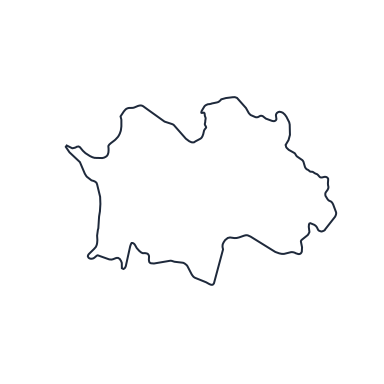 SVG path tracing the border of Beijing, rotated 228°
{"feature_id": "CHN-1155", "entity_name": "Beijing", "entity_type": "Municipality", "adm_level": 1, "iso_a3": "CHN", "parent_name": "China", "parent_adm1": "", "projection": "albers", "projection_center": [116.383, 40.244], "detail": "fine", "context": "isolated", "style": "outline", "palette": "slate", "viewbox_px": 384, "rotation_deg": 228, "n_neighbors": 0, "source": "natural_earth", "source_scale": "10m", "svg_char_len": 4557}
<svg xmlns="http://www.w3.org/2000/svg" viewBox="0 0 384 384"><g transform="rotate(228 192 192)"><path d="M296.0,189.5L297.5,195.3L297.8,197.9L297.7,198.9L297.4,199.9L296.9,201.0L296.4,201.7L294.2,204.2L293.9,204.7L293.4,205.7L292.1,209.4L291.5,210.6L290.9,211.5L290.4,212.0L289.8,212.5L288.4,213.1L282.7,214.3L262.7,218.7L255.9,222.6L254.8,223.1L253.9,223.3L235.7,223.1L231.6,223.9L229.3,224.9L228.3,225.8L227.6,226.7L227.3,228.6L226.2,233.0L226.0,233.9L225.9,234.8L226.0,235.7L226.5,237.2L227.5,239.1L229.6,242.1L230.0,243.3L230.3,245.2L230.6,245.8L231.3,246.1L233.0,246.5L233.7,246.8L234.2,247.3L235.1,248.6L236.1,249.6L237.3,251.1L237.7,251.5L238.2,251.8L239.7,252.4L240.4,252.8L241.6,253.7L242.2,254.0L243.1,253.9L243.6,253.0L244.3,252.1L244.7,252.0L245.1,252.4L245.5,253.0L245.8,253.6L247.3,258.4L247.4,259.4L247.2,260.7L246.6,262.5L245.6,263.8L244.7,265.4L244.6,265.8L241.8,270.6L241.4,271.5L241.2,272.0L241.1,273.8L241.1,274.5L241.3,275.7L239.1,280.1L235.1,285.8L234.0,287.1L233.5,287.5L231.8,288.4L218.3,288.3L212.6,287.0L211.1,287.0L209.9,287.1L205.3,289.2L204.7,289.6L204.0,290.4L203.6,291.0L203.4,291.6L202.9,293.7L202.2,294.6L201.1,295.3L197.1,296.0L191.4,299.0L190.3,299.8L189.6,300.6L189.3,301.4L189.2,302.2L189.4,303.0L189.7,303.5L189.9,303.7L190.1,303.8L193.0,305.8L193.4,306.4L193.7,307.1L193.9,308.0L193.8,308.9L193.6,309.8L193.1,310.7L191.8,311.7L190.2,312.5L187.5,312.8L184.7,312.5L178.8,310.9L176.7,309.7L168.9,303.0L166.0,298.5L164.3,293.0L163.3,292.6L162.6,292.1L161.4,291.9L158.6,292.1L152.7,294.1L151.8,294.3L149.1,293.8L148.2,293.8L141.9,295.3L141.1,295.3L140.0,295.1L135.0,292.7L133.6,292.4L132.8,292.4L132.0,292.5L130.6,293.1L128.4,293.4L128.0,293.6L127.4,294.0L126.6,294.9L126.2,295.1L125.6,295.4L125.0,295.5L123.5,295.9L121.4,296.9L120.6,297.0L117.7,297.0L117.0,297.2L116.4,297.7L115.9,298.2L114.7,300.4L114.3,301.0L113.7,301.5L113.1,301.9L112.4,302.1L111.6,302.2L110.7,302.0L109.8,301.2L107.5,298.8L106.1,297.7L104.7,296.9L103.8,296.1L103.4,295.4L102.9,294.3L102.4,291.9L102.2,291.0L101.7,290.1L100.6,289.1L99.7,288.6L95.8,287.9L94.9,287.9L94.0,288.0L91.9,288.9L91.1,289.0L90.2,289.0L88.4,288.6L81.0,285.7L80.2,285.3L79.4,284.6L78.9,283.9L78.5,283.2L77.9,281.8L75.1,265.8L75.0,265.6L74.9,265.5L74.9,264.9L75.0,264.1L75.5,262.7L76.0,261.8L76.7,261.3L78.0,260.6L78.7,260.4L79.5,260.4L82.2,261.2L83.8,261.3L85.6,261.0L89.6,259.1L90.0,258.2L89.6,257.2L88.0,255.5L83.7,252.5L83.0,250.8L82.6,249.6L82.6,248.5L83.0,241.9L83.0,241.3L82.9,240.8L82.7,240.2L82.2,239.7L77.3,236.8L74.2,233.7L73.8,232.8L73.7,232.3L73.6,231.8L73.7,231.1L74.0,230.3L74.7,229.5L76.6,228.4L77.1,228.1L77.8,227.9L79.1,227.2L80.3,226.2L81.0,225.4L84.3,219.2L85.0,218.3L86.1,217.2L88.0,215.8L91.7,213.8L119.6,205.7L122.5,204.4L123.7,203.3L124.6,201.7L126.8,196.5L128.0,194.3L129.5,192.6L132.8,189.8L133.9,187.8L134.1,184.4L133.4,181.7L132.5,179.7L131.3,178.4L130.4,177.7L128.6,176.7L128.4,176.4L109.5,147.3L109.3,146.6L109.2,145.7L109.5,144.9L110.3,144.1L111.9,143.3L115.4,142.1L126.3,136.8L127.8,136.4L128.8,136.4L130.8,136.6L140.0,139.0L141.3,139.1L143.7,138.7L145.1,138.2L146.1,137.4L151.9,132.3L154.3,130.9L155.1,130.3L155.5,129.8L164.3,115.9L166.5,113.8L167.5,113.4L168.5,113.4L169.3,113.8L169.9,114.2L170.5,114.6L172.6,116.7L173.2,117.2L173.9,117.5L174.7,117.7L175.6,117.7L176.4,117.4L177.1,116.9L178.0,116.2L179.1,114.9L179.6,114.4L180.3,114.1L181.0,113.8L183.5,113.4L187.2,113.4L190.8,114.2L191.9,114.3L193.1,114.1L194.0,113.6L194.5,113.0L194.1,111.7L193.0,109.7L181.2,93.2L180.5,91.6L180.5,90.2L180.7,89.5L182.3,88.9L186.3,92.4L188.2,93.1L190.6,93.5L192.4,93.0L193.3,92.1L193.8,91.2L194.9,88.3L195.6,87.0L197.3,85.4L208.0,79.6L208.3,79.0L208.4,78.3L208.5,75.3L208.9,73.8L209.9,72.3L210.9,71.6L211.9,71.2L212.7,71.2L213.8,71.5L214.5,72.3L214.9,73.7L215.2,81.1L215.5,83.6L215.6,84.0L216.3,85.5L216.7,86.2L217.6,87.4L219.6,89.5L223.1,92.3L226.9,96.8L227.7,98.1L228.2,98.6L236.0,106.6L239.2,110.6L244.4,115.9L249.9,120.5L261.2,126.6L262.9,127.2L264.6,126.9L266.0,126.3L267.9,125.1L273.5,124.1L274.5,124.1L277.3,124.6L289.2,128.7L303.5,127.5L310.0,128.4L310.4,130.0L304.6,132.3L303.8,133.6L303.0,135.2L302.7,136.7L301.7,138.2L300.3,138.7L295.7,138.5L292.2,138.8L287.0,140.2L284.4,141.3L282.5,142.5L277.3,148.0L276.4,149.6L275.9,151.3L275.8,152.5L275.8,153.1L275.9,153.6L276.2,154.5L277.2,156.2L278.8,157.9L280.3,159.2L281.4,160.0L282.1,160.6L282.3,161.1L282.6,162.3L282.6,164.3L282.2,169.1L282.2,170.3L282.5,173.7L282.9,175.3L283.7,177.4L285.2,180.1L286.1,181.2L288.0,183.4L293.0,187.9L296.0,189.5Z" fill="none" stroke="#1e293b" stroke-width="2"/></g></svg>